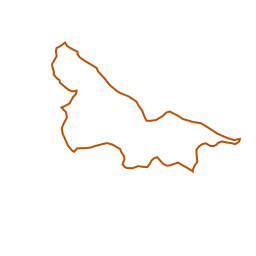 Älmhult, Kronoberg, Sweden (Robinson projection), rotated 211°
{"feature_id": "70781695B11327054975431", "entity_name": "Älmhult", "entity_type": "district", "adm_level": 2, "iso_a3": "SWE", "parent_name": "Sweden", "parent_adm1": "Kronoberg", "projection": "robinson", "projection_center": [14.182, 56.617], "detail": "fine", "context": "isolated", "style": "outline", "palette": "amber", "viewbox_px": 256, "rotation_deg": 211, "n_neighbors": 0, "source": "geoboundaries", "source_scale": "gbopen_adm2", "svg_char_len": 1451}
<svg xmlns="http://www.w3.org/2000/svg" viewBox="0 0 256 256"><g transform="rotate(211 128 128)"><path d="M210.4,167.3L216.3,166.9L222.4,166.9L225.9,168.8L228.3,163.1L230.4,159.6L229.5,157.0L226.1,152.7L226.0,143.7L225.3,142.8L223.9,141.1L220.5,138.0L219.2,135.6L215.2,134.1L211.2,133.7L209.6,131.7L198.5,130.0L194.4,130.8L191.4,133.5L190.1,130.6L191.0,126.1L190.7,118.9L193.5,114.3L195.6,111.3L189.1,109.5L185.7,105.4L185.4,98.2L184.5,93.4L180.8,89.3L175.8,85.8L170.3,81.9L164.1,79.8L161.9,79.9L161.9,80.4L161.0,84.5L156.0,87.6L153.0,89.7L149.3,92.6L147.1,95.6L144.9,97.6L141.2,101.5L138.1,104.3L132.6,105.8L123.6,105.8L121.7,104.1L117.1,101.9L114.9,99.5L114.0,94.1L111.2,93.0L108.5,93.0L103.2,96.0L99.8,100.4L94.9,102.6L91.4,104.3L90.8,108.4L91.1,112.3L90.2,115.2L88.0,118.0L83.7,116.7L79.7,115.4L75.0,115.8L72.3,118.0L67.3,124.1L55.5,124.3L50.2,124.2L50.7,124.7L51.5,129.5L51.2,134.7L55.2,140.1L58.2,144.5L57.4,149.6L55.8,152.7L53.4,154.9L48.0,155.1L45.2,156.6L43.7,159.0L43.1,161.8L40.3,165.0L36.1,166.4L30.9,168.5L27.8,169.4L25.6,173.5L26.5,176.2L31.0,172.2L38.0,170.5L48.3,169.2L59.5,169.6L68.0,169.6L75.5,166.6L85.7,163.9L91.4,164.3L100.7,163.6L103.1,161.0L104.5,156.0L108.2,149.1L113.4,145.1L116.2,143.8L121.3,147.4L124.6,150.1L130.7,152.7L134.4,155.0L143.8,155.4L152.6,154.0L156.8,154.0L165.7,155.4L173.2,158.3L182.6,161.0L185.9,163.3L199.4,163.3L205.5,163.6L209.3,165.3L210.4,167.3Z" fill="none" stroke="#b45309" stroke-width="2"/></g></svg>